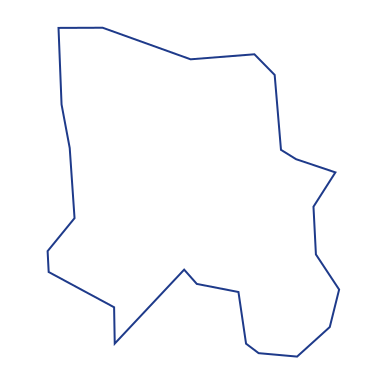 Niamey, Niamey, Niger, rotated 269°
{"feature_id": "23599985B37846693808008", "entity_name": "Niamey", "entity_type": "district", "adm_level": 2, "iso_a3": "NER", "parent_name": "Niger", "parent_adm1": "Niamey", "projection": "albers", "projection_center": [2.087, 13.524], "detail": "fine", "context": "isolated", "style": "outline", "palette": "blue", "viewbox_px": 384, "rotation_deg": 269, "n_neighbors": 0, "source": "geoboundaries", "source_scale": "gbopen_adm2", "svg_char_len": 463}
<svg xmlns="http://www.w3.org/2000/svg" viewBox="0 0 384 384"><g transform="rotate(269 192 192)"><path d="M41.8,112.1L114.5,182.8L100.0,195.2L91.2,236.7L39.4,243.4L29.7,255.8L25.6,294.2L54.6,327.4L91.9,337.4L127.4,314.8L175.2,313.2L209.1,335.7L223.0,296.6L232.6,281.7L307.6,276.7L328.6,256.8L324.7,192.9L357.8,105.5L358.4,61.4L281.8,63.1L238.1,70.5L167.9,74.1L135.4,46.6L114.5,47.3L78.1,112.1L41.8,112.1Z" fill="none" stroke="#1e3a8a" stroke-width="2"/></g></svg>